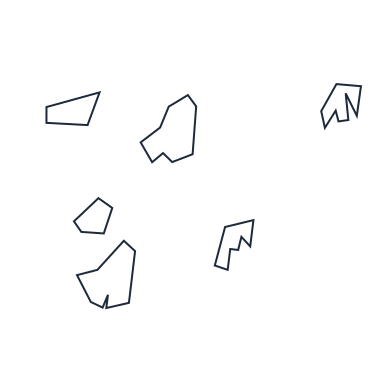 map outline of Bolama (Equal Earth projection), rotated 7°
{"feature_id": "GNB-770", "entity_name": "Bolama", "entity_type": "Region", "adm_level": 1, "iso_a3": "GNB", "parent_name": "Guinea-Bissau", "parent_adm1": "", "projection": "equal_earth", "projection_center": [-15.897, 11.361], "detail": "coarse", "context": "isolated", "style": "outline", "palette": "slate", "viewbox_px": 384, "rotation_deg": 7, "n_neighbors": 0, "source": "natural_earth", "source_scale": "10m", "svg_char_len": 752}
<svg xmlns="http://www.w3.org/2000/svg" viewBox="0 0 384 384"><g transform="rotate(7 192 192)"><path d="M142.7,257.6L142.9,309.7L121.1,317.6L121.1,304.3L117.4,317.6L105.0,313.5L88.0,288.5L107.6,280.8L130.3,248.7L142.7,257.6ZM152.5,131.9L158.5,110.1L176.1,96.3L185.7,106.5L188.0,154.4L168.7,164.7L158.5,156.9L148.8,167.3L135.0,149.0L152.5,131.9ZM80.2,138.3L39.1,141.1L37.2,125.4L88.1,104.4L80.2,138.3ZM256.4,212.4L256.4,238.9L246.5,230.5L244.9,243.9L236.9,243.9L236.9,264.9L223.6,262.2L229.1,222.7L256.4,212.4ZM346.8,66.4L346.3,96.3L332.5,75.3L338.4,101.5L328.8,104.1L324.7,93.7L316.1,112.1L310.4,96.0L322.2,67.3L346.8,66.4ZM109.5,243.9L87.0,245.1L78.4,235.5L99.9,209.5L114.8,217.6L109.5,243.9Z" fill="none" stroke="#1e293b" stroke-width="2"/></g></svg>